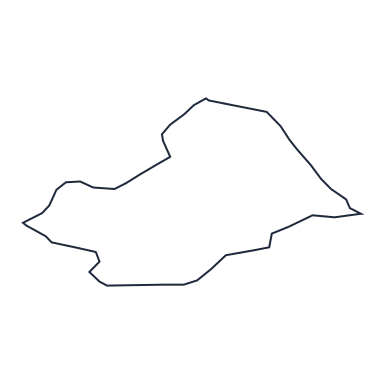 outline of Avesta, Dalarna, Sweden
{"feature_id": "70781695B88125325572611", "entity_name": "Avesta", "entity_type": "district", "adm_level": 2, "iso_a3": "SWE", "parent_name": "Sweden", "parent_adm1": "Dalarna", "projection": "robinson", "projection_center": [16.37, 60.252], "detail": "fine", "context": "isolated", "style": "outline", "palette": "slate", "viewbox_px": 384, "rotation_deg": 0, "n_neighbors": 0, "source": "geoboundaries", "source_scale": "gbopen_adm2", "svg_char_len": 758}
<svg xmlns="http://www.w3.org/2000/svg" viewBox="0 0 384 384"><path d="M206.0,98.4L193.9,105.1L184.4,114.1L170.2,124.6L161.9,134.3L163.1,141.0L170.2,156.8L156.0,165.0L139.4,174.8L126.3,183.0L114.5,189.0L93.2,187.5L80.1,181.5L65.9,182.3L56.4,189.8L49.3,205.5L42.1,213.1L23.0,222.8L26.6,225.7L45.5,236.1L51.7,242.4L78.1,248.0L95.8,252.0L99.5,261.6L89.4,272.0L99.5,281.6L107.0,285.6L113.1,285.5L161.5,284.7L183.7,284.7L197.1,280.4L210.5,269.6L225.9,255.2L253.8,250.3L269.2,247.3L271.8,233.6L288.8,226.7L312.5,215.3L334.6,217.3L359.7,213.9L361.0,213.8L349.9,208.1L346.1,199.4L331.0,189.0L320.9,178.7L310.8,165.1L296.9,149.2L289.4,139.7L280.6,126.2L266.7,111.9L262.7,111.1L242.9,107.2L208.9,100.5L206.0,98.4Z" fill="none" stroke="#1e293b" stroke-width="2"/></svg>